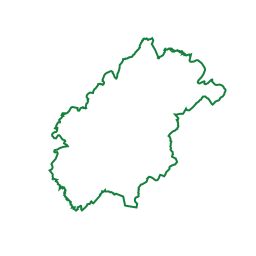 the district of Guadalupe, Puebla, Mexico, rotated 220°
{"feature_id": "50627088B56399187703173", "entity_name": "Guadalupe", "entity_type": "district", "adm_level": 2, "iso_a3": "MEX", "parent_name": "Mexico", "parent_adm1": "Puebla", "projection": "natural_earth1", "projection_center": [-98.145, 18.05], "detail": "fine", "context": "isolated", "style": "outline", "palette": "green", "viewbox_px": 256, "rotation_deg": 220, "n_neighbors": 0, "source": "geoboundaries", "source_scale": "gbopen_adm2", "svg_char_len": 5837}
<svg xmlns="http://www.w3.org/2000/svg" viewBox="0 0 256 256"><g transform="rotate(220 128 128)"><path d="M172.9,207.1L173.5,206.2L173.0,205.3L173.2,204.8L172.9,204.5L173.3,203.9L172.8,203.1L172.8,201.5L172.5,201.3L171.9,198.5L170.6,197.3L170.9,196.2L170.4,195.0L170.9,193.1L170.6,191.9L171.0,191.0L170.8,190.7L170.5,188.3L171.0,187.6L170.7,186.6L170.9,185.9L170.7,185.4L171.0,184.5L172.5,183.1L172.4,182.7L173.1,181.6L173.1,180.9L174.4,179.7L174.4,179.1L174.9,179.0L175.4,178.0L176.0,177.6L175.1,176.3L174.7,173.3L174.9,171.2L172.8,168.1L171.3,164.7L170.8,162.5L169.1,160.1L168.7,158.4L169.1,158.1L171.4,158.6L173.5,159.9L175.0,160.2L175.6,161.0L177.3,160.9L178.4,159.4L178.7,158.2L179.2,157.7L180.0,155.5L180.2,154.1L180.0,153.1L178.4,148.4L177.7,148.2L177.5,147.7L177.1,147.9L175.8,147.6L175.2,146.8L174.8,145.5L175.3,144.7L176.0,144.9L176.9,144.1L177.4,144.1L177.5,143.8L178.6,143.2L179.1,142.5L178.5,141.6L178.3,137.4L178.6,136.5L178.6,135.9L178.3,134.2L177.3,132.3L179.7,130.9L180.5,128.8L180.5,126.5L180.0,125.6L179.5,125.1L177.6,124.7L177.3,124.2L177.1,124.3L177.1,123.9L176.6,123.9L176.4,123.1L175.8,122.8L175.1,120.8L175.5,120.0L174.4,117.6L174.0,117.1L172.8,116.4L173.1,115.7L174.0,115.6L175.0,114.5L176.0,114.9L177.1,112.5L176.5,110.0L177.6,109.2L178.8,109.9L179.5,110.9L184.3,108.2L184.4,107.3L184.7,107.0L184.4,104.9L183.9,103.4L184.2,102.3L184.0,101.5L184.5,99.6L185.2,99.2L185.2,98.7L186.2,97.0L187.0,97.2L187.0,97.7L187.6,97.2L187.1,95.1L185.3,95.4L185.7,94.3L185.4,92.6L185.8,91.8L185.9,89.8L184.4,89.3L183.8,88.5L185.0,87.6L185.1,86.7L184.5,83.9L183.6,82.1L183.8,80.8L183.3,80.8L182.7,81.2L182.6,82.6L182.2,82.7L180.6,80.3L180.5,78.7L181.6,77.6L182.2,75.4L182.0,74.3L180.9,73.2L179.1,73.1L178.1,72.7L176.5,73.8L176.8,76.0L176.8,77.6L176.0,78.2L175.1,78.2L171.0,77.1L168.5,77.9L167.9,77.8L167.6,77.6L167.8,76.9L167.2,75.1L163.6,75.7L162.4,75.3L165.5,71.9L167.4,68.7L168.1,66.3L169.9,63.9L169.5,62.6L168.8,62.2L167.9,62.6L166.9,64.0L166.0,63.7L165.2,62.8L163.6,57.9L163.7,52.5L163.5,51.5L163.3,51.0L162.2,50.7L160.4,49.3L159.9,48.1L160.0,47.0L160.8,45.1L156.0,44.2L155.4,43.6L154.7,42.4L153.4,41.7L153.0,40.5L152.5,40.5L152.4,41.2L149.2,42.6L149.5,41.5L149.2,40.8L147.2,41.1L146.2,40.7L145.6,39.9L143.6,40.4L142.8,39.9L142.4,38.9L141.8,38.6L141.2,37.5L141.1,38.4L140.6,39.2L140.8,40.6L139.8,40.8L139.2,40.2L139.0,41.2L138.7,41.4L136.7,40.3L135.8,40.2L135.6,39.8L135.9,39.5L135.4,37.7L134.9,37.0L134.7,36.2L134.7,37.8L134.6,38.0L134.2,37.7L133.7,35.5L132.6,35.5L131.7,35.3L131.7,35.0L129.7,35.0L129.6,34.0L128.4,33.8L128.1,33.8L128.1,34.6L127.6,34.3L127.0,34.7L124.2,34.5L124.3,33.6L123.7,33.6L123.2,33.2L122.7,32.4L121.7,32.8L121.2,32.3L119.9,32.1L119.7,31.0L117.9,32.9L117.5,31.0L116.0,31.5L114.7,31.4L114.3,33.6L115.2,34.0L115.4,35.5L114.7,36.4L114.3,37.9L113.9,38.1L113.0,37.5L111.7,35.7L110.3,35.3L109.6,39.9L109.6,42.6L110.1,43.3L109.5,44.4L108.9,44.7L108.5,45.3L108.4,46.0L108.7,46.3L109.0,47.2L108.9,48.2L106.7,47.8L106.2,48.0L105.9,58.6L106.6,58.9L106.4,61.9L107.1,62.9L105.7,63.4L105.6,65.5L105.1,65.0L104.3,65.0L101.8,67.1L100.3,67.3L99.4,68.3L97.9,68.4L97.1,68.7L96.8,68.2L95.5,68.3L94.9,70.0L87.6,72.4L81.6,67.7L80.9,66.9L79.9,66.9L70.4,72.6L72.3,75.9L75.3,76.2L76.9,77.8L77.4,79.6L76.0,82.1L76.0,82.6L76.7,83.0L77.6,84.7L78.6,84.9L79.3,86.5L80.1,87.2L80.2,88.1L81.4,88.8L81.8,92.9L80.9,94.0L79.2,98.8L80.4,101.9L80.7,101.8L80.6,104.1L79.7,104.4L79.3,104.9L77.4,105.4L73.6,105.7L72.8,106.0L72.2,106.6L71.9,107.5L72.2,109.7L72.8,111.0L73.2,112.8L71.3,113.7L69.3,114.2L69.4,116.1L70.3,118.6L69.9,123.3L71.0,124.5L71.0,125.9L70.3,127.0L70.3,127.6L68.7,130.2L68.4,130.4L68.6,132.5L68.4,133.3L69.8,134.3L71.4,134.9L71.7,135.3L75.9,134.3L76.6,135.9L76.7,136.9L77.7,137.4L78.3,138.3L80.2,138.4L81.7,138.9L82.1,140.2L83.8,141.2L84.4,142.6L85.3,143.5L85.6,144.7L86.2,145.6L87.4,145.4L88.2,146.8L88.8,147.3L89.9,147.6L90.6,148.2L91.8,148.0L92.0,149.5L91.9,151.6L91.3,154.7L90.2,156.4L90.3,157.5L89.6,159.0L90.2,159.7L90.2,161.0L90.6,161.8L91.5,162.2L91.6,162.7L93.0,164.2L93.7,164.4L94.5,165.5L95.0,165.2L95.9,165.5L95.3,166.8L95.6,167.8L100.6,168.6L99.0,169.7L98.3,171.1L96.8,172.8L95.1,174.0L95.1,175.5L96.0,180.2L94.5,179.6L93.7,179.9L92.4,181.0L91.6,185.9L91.5,190.3L91.7,190.5L90.8,193.7L90.9,195.6L90.3,196.7L90.4,197.6L90.8,198.4L90.6,199.3L90.8,200.2L88.9,201.9L87.0,201.7L85.7,201.9L85.3,202.2L79.4,200.3L78.2,200.3L78.0,202.1L78.0,204.5L76.2,207.7L76.2,208.7L76.6,209.8L76.4,211.6L75.7,212.9L75.9,215.5L76.8,217.4L77.1,218.9L77.8,219.9L78.4,220.2L79.9,220.2L81.2,220.9L83.2,221.1L85.7,220.2L87.8,217.9L89.2,217.2L93.5,217.7L93.9,218.1L94.3,219.1L94.8,219.2L95.2,218.3L95.6,213.8L96.6,211.5L97.3,211.0L97.8,211.0L98.3,211.3L99.1,212.6L99.5,212.8L100.2,211.9L101.7,208.3L102.1,207.9L103.3,207.6L104.1,208.0L104.6,209.8L104.4,214.5L104.8,217.8L106.1,221.5L106.8,222.6L108.3,223.5L113.2,225.0L118.1,224.8L119.4,223.5L120.1,221.4L122.4,219.1L123.4,218.9L124.1,219.1L124.6,219.9L127.0,224.7L127.4,223.7L127.7,224.1L128.2,223.9L129.4,222.2L129.8,221.2L130.6,220.8L131.4,221.2L131.8,220.0L132.0,220.1L132.2,220.9L132.8,220.9L133.4,220.1L133.3,221.2L133.7,221.4L134.9,221.0L136.1,221.5L136.3,221.2L135.9,220.0L136.8,220.3L137.0,219.5L137.2,219.3L137.8,220.0L138.2,220.0L138.5,219.5L139.5,219.1L140.1,219.4L140.8,217.7L141.9,217.3L142.0,216.7L141.8,216.1L142.7,215.5L143.1,216.7L145.7,216.8L146.3,216.4L146.1,215.7L145.5,215.2L147.5,215.4L147.9,214.9L148.2,213.3L148.9,212.6L149.9,212.4L150.3,212.8L150.4,212.7L150.1,210.8L149.2,210.7L148.6,209.9L148.6,208.3L148.2,207.7L148.0,206.4L148.8,203.7L149.8,202.6L149.8,202.0L149.3,201.7L149.1,201.3L149.4,200.9L150.3,200.9L150.8,201.9L157.2,205.2L163.8,207.6L163.8,208.6L164.3,209.3L164.6,210.7L165.1,211.4L167.2,212.3L167.8,210.7L169.0,209.3L169.2,208.3L169.8,208.3L171.0,208.7L171.3,208.6L171.7,207.3L172.9,207.1Z" fill="none" stroke="#15803d" stroke-width="2"/></g></svg>